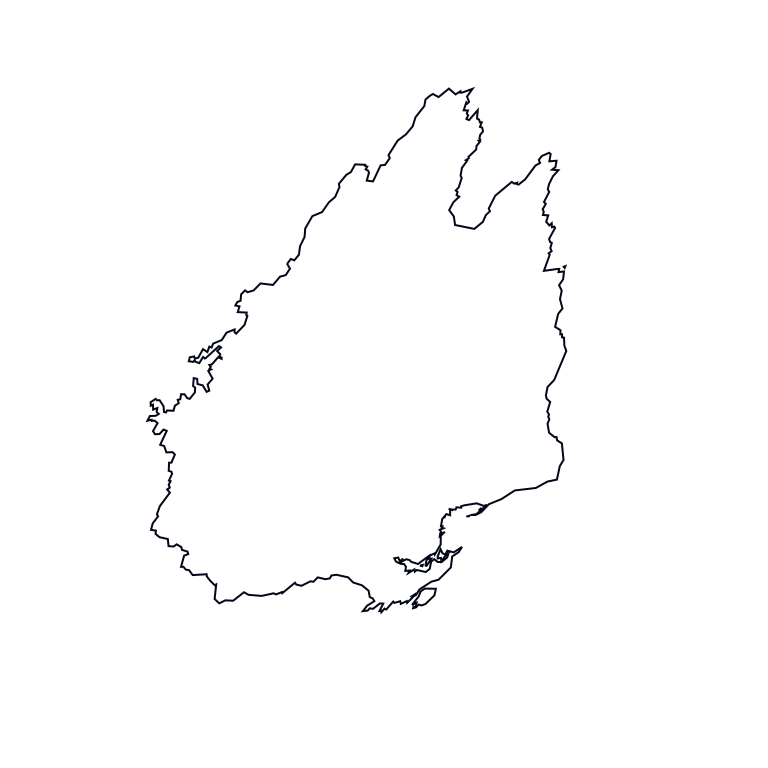 Ennistimon Lea-4, Clare, Ireland (Natural Earth projection), rotated 142°
{"feature_id": "5873133B68826952408481", "entity_name": "Ennistimon Lea-4", "entity_type": "district", "adm_level": 2, "iso_a3": "IRL", "parent_name": "Ireland", "parent_adm1": "Clare", "projection": "natural_earth1", "projection_center": [-9.187, 53.0], "detail": "fine", "context": "isolated", "style": "outline", "palette": "ink", "viewbox_px": 768, "rotation_deg": 142, "n_neighbors": 0, "source": "geoboundaries", "source_scale": "gbopen_adm2", "svg_char_len": 6149}
<svg xmlns="http://www.w3.org/2000/svg" viewBox="0 0 768 768"><g transform="rotate(142 384 384)"><path d="M540.5,218.0L536.4,215.5L533.3,216.0L531.1,213.6L522.3,213.6L519.8,211.4L527.3,207.9L525.8,207.0L526.5,205.8L521.8,206.7L521.1,204.9L510.7,206.9L510.6,205.1L505.0,202.9L506.1,200.4L499.7,198.9L500.5,197.3L492.8,198.2L493.3,199.6L488.1,199.2L488.1,198.2L482.5,200.3L468.4,199.1L461.6,196.2L444.3,198.3L436.4,206.1L428.7,205.5L422.8,207.6L432.7,208.4L436.7,213.7L439.0,212.6L437.9,211.5L439.3,211.7L439.8,210.3L438.7,210.0L441.0,208.4L448.3,208.2L451.3,210.8L452.3,215.1L456.4,214.9L461.7,210.2L466.8,210.1L472.6,217.2L475.2,217.2L474.1,219.2L481.0,220.0L478.5,221.1L482.3,223.6L479.2,226.5L479.1,229.9L481.4,231.9L479.5,233.3L482.4,233.5L483.9,236.7L483.2,240.3L479.6,238.5L480.7,234.7L477.3,234.5L477.6,232.8L474.4,232.2L472.2,229.5L472.1,227.2L468.0,221.2L455.0,220.9L459.9,218.3L463.0,215.4L462.4,214.5L454.2,217.3L456.6,218.8L453.4,220.5L448.4,219.4L448.9,218.3L438.1,222.7L432.7,229.4L427.0,230.1L433.7,229.7L431.7,231.7L430.1,230.8L429.9,234.8L425.9,233.7L426.8,235.1L425.5,235.9L426.7,236.8L421.2,241.8L418.6,242.3L417.6,240.9L418.5,242.3L415.0,243.1L412.7,239.9L409.4,244.1L409.7,245.8L407.6,243.0L408.6,242.1L407.5,242.9L404.8,241.0L402.8,242.2L399.3,239.0L398.5,240.1L395.5,239.0L384.4,232.9L380.5,226.6L377.2,225.3L391.5,224.6L396.3,227.4L392.6,224.4L386.4,223.1L375.3,224.7L362.2,221.0L346.5,219.6L328.4,208.6L315.3,206.5L306.6,202.2L296.1,211.0L289.3,213.6L280.4,227.7L282.3,233.0L280.7,236.0L282.3,237.0L283.9,244.0L279.6,252.0L275.4,254.4L274.7,257.2L272.7,258.4L272.4,261.7L264.1,267.5L264.9,272.3L263.5,275.2L257.1,280.9L247.4,282.4L220.0,297.8L218.2,303.3L213.6,309.7L215.0,311.2L213.1,313.5L214.5,314.6L211.8,317.7L214.0,323.7L203.6,332.0L196.8,333.7L193.1,342.5L186.5,348.1L185.2,354.1L178.4,356.2L172.9,361.9L177.6,364.7L175.1,366.8L175.9,367.5L188.3,374.7L173.7,383.9L173.8,385.6L170.1,385.5L169.3,388.7L164.9,391.9L165.7,393.6L164.6,396.7L153.2,401.6L152.9,403.1L155.1,404.1L152.9,407.4L156.1,407.1L156.3,412.0L150.8,415.8L154.7,419.3L152.1,421.3L151.4,424.0L145.6,426.3L145.9,428.9L135.6,433.6L135.0,436.7L130.7,440.0L123.0,443.7L114.9,445.1L119.6,449.4L115.3,449.4L110.6,453.7L116.6,457.7L111.1,462.6L111.5,464.5L119.2,466.5L124.0,465.3L125.0,462.1L130.2,462.9L146.9,458.3L155.3,458.3L156.5,460.3L155.5,460.8L158.0,461.7L158.9,464.6L180.5,463.9L193.4,457.8L194.2,454.9L199.8,454.4L206.2,450.9L217.3,450.6L230.1,465.5L225.8,473.1L225.6,480.9L217.5,484.5L209.4,485.3L210.5,488.2L207.8,490.0L208.3,492.3L204.2,492.9L195.9,498.5L195.5,500.9L189.6,506.3L181.1,508.7L181.7,510.0L178.2,509.6L177.7,511.0L167.1,512.0L164.4,514.7L159.1,515.9L159.6,517.5L157.7,517.2L157.6,518.8L154.7,521.2L150.4,522.1L148.8,525.6L150.1,527.5L145.9,530.0L147.3,531.0L146.3,533.8L147.3,535.9L141.5,542.1L154.5,539.6L155.9,542.1L151.5,544.3L152.5,544.1L152.1,546.3L149.5,547.9L152.7,550.6L145.8,555.2L145.9,553.7L143.3,553.9L141.6,559.4L132.5,562.1L143.0,565.5L144.4,566.5L143.6,567.6L149.3,568.2L151.0,576.8L164.3,576.5L166.9,582.4L170.6,582.9L176.2,582.6L181.1,578.2L195.0,574.8L202.7,569.4L213.0,567.2L223.4,567.4L239.5,561.6L240.3,558.5L248.4,556.0L252.0,558.4L267.9,550.4L272.4,554.9L265.8,559.7L265.1,561.7L266.3,564.4L263.3,565.6L264.6,567.4L263.8,568.3L271.5,574.8L279.6,571.4L285.0,572.0L296.4,569.5L297.8,566.6L307.3,561.5L315.6,561.1L326.9,557.6L337.1,560.4L350.4,555.0L356.0,548.8L365.3,544.3L371.5,538.2L378.6,536.7L380.4,539.9L385.3,538.6L386.4,538.1L387.0,532.8L394.4,530.3L399.9,532.6L410.5,530.4L419.4,539.3L429.1,538.0L435.0,540.3L435.8,543.3L441.4,542.6L445.8,537.9L449.1,538.9L452.8,537.4L450.1,534.1L455.0,530.7L448.2,524.8L450.1,523.1L449.7,521.8L457.4,516.5L469.5,514.7L469.8,517.0L468.1,519.0L476.5,521.4L484.8,518.5L493.8,521.0L497.4,518.9L498.6,521.0L503.5,517.9L505.2,522.9L514.1,519.1L517.5,520.5L516.6,522.6L520.6,524.6L523.8,522.1L520.8,518.9L518.5,519.2L518.9,517.6L516.7,514.2L509.9,516.7L509.5,514.4L508.1,514.2L490.7,515.5L489.9,513.1L495.2,512.8L494.7,508.3L496.9,507.1L495.7,504.8L496.5,503.8L498.3,507.2L507.6,505.4L509.9,506.5L509.9,504.2L512.2,503.4L511.3,502.0L514.4,502.5L515.8,493.7L523.3,492.2L525.8,486.3L528.6,487.0L527.7,494.6L531.0,498.8L528.1,503.0L530.3,505.8L535.7,499.9L535.0,497.5L538.2,493.8L546.3,491.9L547.8,494.1L547.5,498.6L550.2,500.9L553.9,497.4L556.3,498.5L557.5,495.3L562.2,495.6L566.4,492.5L571.2,496.7L573.3,495.8L574.6,497.3L571.4,502.2L570.8,509.4L572.9,510.8L573.1,512.9L579.1,513.3L581.2,510.5L578.8,509.9L581.7,505.9L577.4,504.6L580.4,501.9L579.9,499.1L583.5,499.5L588.2,502.9L593.0,500.7L589.1,498.9L589.7,497.9L587.3,496.3L586.5,492.6L595.0,489.1L595.4,485.4L591.7,482.8L585.7,483.8L584.1,480.8L597.8,473.9L595.4,470.4L597.6,464.1L592.6,460.5L592.2,457.2L599.9,452.9L601.8,454.3L607.1,448.1L605.5,445.7L606.3,443.7L612.9,440.3L612.0,438.8L615.6,437.3L616.6,434.2L619.8,434.4L619.6,430.2L635.7,425.8L643.2,421.1L643.5,418.8L652.0,416.6L657.4,412.5L654.0,408.9L656.3,406.5L655.2,401.5L649.8,394.9L653.6,388.9L649.9,385.5L646.1,385.3L644.1,380.3L645.3,377.6L642.0,372.9L643.0,370.5L647.2,371.8L656.5,364.9L654.6,363.4L654.5,359.8L652.2,357.2L652.4,351.2L640.9,343.3L642.1,341.4L642.1,336.2L641.3,329.7L639.6,329.4L649.8,318.9L648.9,312.6L642.2,311.2L636.3,306.1L622.6,306.1L620.5,301.2L610.8,292.3L599.8,287.0L598.7,284.7L592.4,282.8L592.9,281.8L576.5,282.2L576.6,280.0L573.3,275.8L563.4,273.8L561.4,271.6L555.3,272.4L550.3,266.2L546.3,264.2L543.3,265.5L538.9,262.9L531.3,253.7L530.5,246.6L525.3,238.9L523.4,230.6L526.4,224.8L524.9,222.0L525.3,218.8L533.8,219.7L540.5,218.0ZM499.1,189.4L496.5,188.3L492.3,188.7L490.9,186.5L486.8,185.1L474.4,186.4L469.2,190.7L477.7,197.6L482.9,198.0L487.3,195.3L497.9,192.7L492.9,191.6L496.3,188.8L497.8,190.4L499.1,189.4ZM449.1,213.5L446.2,211.9L447.8,209.1L440.5,211.0L442.1,214.7L441.1,219.0L447.8,215.1L449.1,213.5ZM385.4,225.7L383.3,226.3L387.2,226.2L385.4,225.7ZM170.2,364.2L168.5,365.2L170.2,365.7L170.2,364.2ZM464.8,217.6L466.6,218.4L467.0,218.1L466.0,216.8L464.8,217.6ZM491.3,198.5L489.6,198.2L488.9,198.5L489.9,199.0L491.3,198.5ZM400.7,228.9L398.3,227.4L397.8,227.6L400.7,228.9Z" fill="none" stroke="#020617" stroke-width="2"/></g></svg>